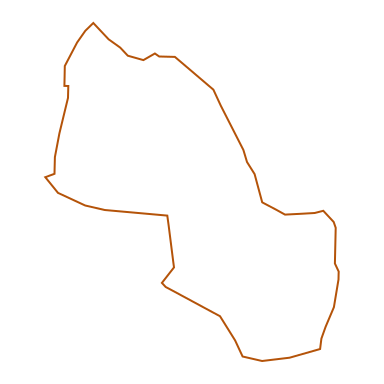 Faqus, Ash Sharqiyah, Egypt (Albers equal-area conic projection)
{"feature_id": "37247803B81892076694929", "entity_name": "Faqus", "entity_type": "district", "adm_level": 2, "iso_a3": "EGY", "parent_name": "Egypt", "parent_adm1": "Ash Sharqiyah", "projection": "albers", "projection_center": [31.802, 30.723], "detail": "fine", "context": "isolated", "style": "outline", "palette": "amber", "viewbox_px": 384, "rotation_deg": 0, "n_neighbors": 0, "source": "geoboundaries", "source_scale": "gbopen_adm2", "svg_char_len": 824}
<svg xmlns="http://www.w3.org/2000/svg" viewBox="0 0 384 384"><path d="M127.8,55.7L120.2,47.6L108.6,39.3L93.3,23.0L85.3,30.8L77.1,42.5L64.8,66.0L64.6,76.9L64.4,85.9L68.3,86.0L68.2,89.9L68.0,97.9L61.5,124.7L59.4,133.4L54.9,157.1L54.6,169.0L54.5,173.8L45.3,177.2L58.0,192.9L85.2,205.5L104.7,210.0L167.3,215.6L168.7,225.9L173.3,262.2L174.0,267.4L161.9,282.9L165.7,287.0L169.3,288.9L212.5,312.2L220.0,316.2L235.1,340.4L242.6,356.5L262.1,361.0L289.6,357.7L320.1,349.0L321.4,338.6L325.6,326.8L333.9,307.2L338.5,279.5L338.6,274.3L338.7,271.6L334.9,263.5L335.7,227.8L333.7,222.0L323.3,210.8L314.7,213.0L300.7,213.8L285.0,214.6L276.7,210.0L262.5,202.5L262.2,202.3L254.6,174.1L247.0,162.0L243.4,150.0L220.8,105.7L213.4,89.7L174.9,56.9L159.2,56.5L154.9,53.5L143.4,60.1L127.8,55.7Z" fill="none" stroke="#b45309" stroke-width="2"/></svg>